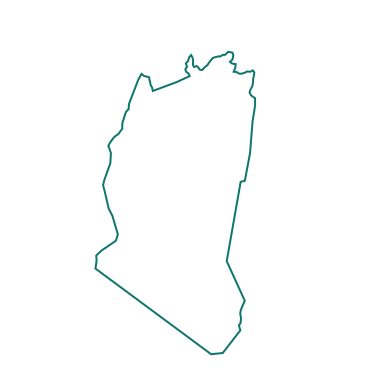 Maetinga, Bahia, Brazil, rotated 201°
{"feature_id": "56859067B22640156223333", "entity_name": "Maetinga", "entity_type": "district", "adm_level": 2, "iso_a3": "BRA", "parent_name": "Brazil", "parent_adm1": "Bahia", "projection": "equal_earth", "projection_center": [-41.494, -14.667], "detail": "fine", "context": "isolated", "style": "outline", "palette": "teal", "viewbox_px": 384, "rotation_deg": 201, "n_neighbors": 0, "source": "geoboundaries", "source_scale": "gbopen_adm2", "svg_char_len": 1564}
<svg xmlns="http://www.w3.org/2000/svg" viewBox="0 0 384 384"><g transform="rotate(201 192 192)"><path d="M116.0,47.4L105.6,52.7L99.5,73.0L97.3,80.2L100.4,84.3L99.7,87.1L100.8,91.0L102.0,93.6L103.4,95.6L104.1,99.2L104.1,103.1L103.9,106.4L103.8,109.4L134.8,139.9L136.5,148.6L150.2,218.9L146.7,221.5L151.8,249.3L160.7,279.4L161.6,283.7L163.5,292.5L164.2,295.7L166.8,302.2L169.4,302.8L171.8,303.5L174.0,305.7L174.1,309.3L173.6,312.1L174.2,315.8L175.5,319.8L175.9,323.0L176.7,326.0L178.7,327.3L180.9,325.0L183.6,324.4L185.6,322.2L188.4,320.0L191.2,319.4L193.4,320.0L196.2,319.2L196.1,323.2L197.0,327.0L200.4,326.3L203.2,327.1L201.7,330.2L202.4,334.5L204.2,336.6L206.4,336.2L208.5,335.8L210.2,332.0L212.5,331.0L214.0,328.8L216.0,328.0L218.4,326.4L220.6,324.6L221.6,321.8L222.5,318.8L223.1,315.9L224.7,313.2L226.3,309.4L228.8,309.0L230.9,310.7L232.9,311.2L234.9,309.4L236.7,311.0L237.9,314.7L239.6,317.6L241.9,319.5L242.9,317.0L242.7,312.7L243.8,309.9L241.5,307.1L242.2,304.1L240.6,302.2L237.8,301.4L235.7,299.4L245.5,289.3L264.8,272.3L266.8,275.4L268.8,276.8L270.0,278.8L271.5,280.9L273.1,283.7L275.8,283.5L278.4,283.1L281.4,284.2L282.4,277.6L282.4,260.8L282.4,254.3L282.3,251.5L280.9,246.6L282.3,243.3L282.2,238.8L281.9,235.9L281.9,232.6L281.0,229.1L279.7,226.1L280.6,223.3L281.5,219.8L283.3,217.1L284.7,214.4L286.0,209.8L286.7,205.2L281.7,199.4L278.5,189.5L278.2,172.5L277.5,166.6L272.6,159.7L263.9,146.7L257.9,141.4L246.0,125.8L245.6,119.2L255.5,104.9L258.6,98.3L256.7,94.3L255.8,91.0L254.7,85.9L116.0,47.4Z" fill="none" stroke="#0f766e" stroke-width="2"/></g></svg>